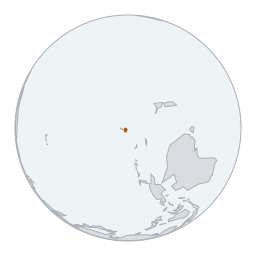 Western on an orthographic globe, rotated 229°
{"feature_id": "FJI-2620", "entity_name": "Western", "entity_type": "Division", "adm_level": 1, "iso_a3": "FJI", "parent_name": "Fiji", "parent_adm1": "", "projection": "orthographic", "projection_center": [177.638, -19.194], "detail": "coarse", "context": "on_globe", "style": "filled", "palette": "amber", "viewbox_px": 256, "rotation_deg": 229, "n_neighbors": 0, "source": "natural_earth", "source_scale": "10m", "svg_char_len": 6070}
<svg xmlns="http://www.w3.org/2000/svg" viewBox="0 0 256 256"><g transform="rotate(229 128 128)"><circle cx="128" cy="128" r="113" fill="#eef3f6" stroke="#a8b0b8"/><path d="M132.5,121.9L132.6,122.7L132.4,122.8L132.5,121.9ZM235.2,93.4L232.9,87.8L231.1,83.8L228.9,78.8L216.5,59.9L227.0,76.1L224.2,72.1L220.0,65.9L219.9,65.1L213.6,56.9L209.7,53.1L200.8,44.2L191.5,35.5L194.3,37.4L191.7,35.4L188.0,33.1L186.2,32.1L172.4,24.7L159.6,20.3L157.4,20.3L156.5,19.6L153.6,20.9L147.8,21.0L153.2,20.2L152.9,19.6L148.4,19.1L147.1,18.5L144.2,18.0L143.1,17.4L146.3,17.4L145.7,17.1L142.5,16.8L139.4,16.3L144.1,16.7L139.2,16.0L141.1,16.1L149.1,17.3L156.9,19.1L164.6,21.5L172.1,24.3L179.4,27.8L186.4,31.7L193.1,36.1L199.5,41.0L205.5,46.3L211.1,52.0L216.4,58.1L221.1,64.6L225.4,71.4L229.2,78.5L232.5,85.8L235.2,93.4ZM194.2,219.1L193.5,219.6L190.8,221.5L191.5,221.0L191.2,221.0L189.9,221.8L193.8,218.9L199.2,214.9L201.0,213.6L202.1,212.7L205.6,209.7L194.2,219.1ZM206.2,209.1L207.6,207.7L206.2,209.1ZM175.8,62.2L175.1,60.1L177.1,61.5L175.8,62.2ZM173.7,58.7L174.1,59.4L173.5,58.8L173.7,58.7ZM172.6,58.2L173.4,58.6L172.5,58.4L172.6,58.2ZM171.1,57.9L171.9,58.0L171.1,57.9ZM168.7,56.7L168.1,56.3L168.7,56.2L168.7,56.7ZM185.6,31.8L188.1,33.1L191.9,35.6L190.0,34.5L185.6,31.8ZM178.2,27.8L179.0,28.0L181.8,29.7L180.5,29.1L178.2,27.8ZM156.2,20.7L158.4,21.0L156.7,21.0L156.2,20.7ZM144.0,18.0L143.8,18.2L142.4,17.9L144.0,18.0ZM139.4,16.8L137.2,16.5L140.0,16.8L139.4,16.8ZM136.3,16.3L130.9,15.8L130.0,16.0L129.7,15.4L134.3,15.8L137.9,16.1L136.0,16.1L136.3,16.3ZM186.0,224.4L192.8,219.6L189.6,222.0L190.6,221.6L185.8,224.6L186.0,224.4ZM116.5,16.0L116.6,15.9L122.3,15.6L123.2,15.5L129.7,15.4L130.0,16.0L127.8,16.0L129.5,16.6L124.3,16.8L120.8,17.6L114.2,18.0L112.0,18.8L112.9,19.0L110.6,20.5L102.8,23.5L105.2,20.2L116.2,17.0L111.3,18.0L111.2,17.6L108.8,18.0L105.5,19.0L105.8,19.1L94.4,21.3L84.0,25.4L87.7,24.6L87.2,25.6L78.6,31.3L61.6,41.7L60.8,44.5L58.9,46.8L55.6,48.7L58.2,45.4L57.3,44.8L59.3,42.8L54.8,45.3L57.5,42.6L52.7,46.2L51.6,48.1L54.5,46.6L49.3,51.2L48.8,54.4L45.8,59.4L36.5,70.6L31.6,75.6L30.6,77.6L30.2,76.4L27.3,81.1L26.2,90.0L25.4,93.2L21.8,101.1L22.1,98.7L21.0,95.6L19.1,103.6L19.9,108.0L20.1,115.0L18.7,114.1L18.7,108.1L18.3,106.8L19.7,99.9L21.7,91.2L20.5,94.6L21.7,90.7L21.8,90.5L24.7,83.1L28.1,75.9L32.0,69.0L36.4,62.4L41.3,56.1L46.6,50.2L52.3,44.6L58.3,39.5L64.7,34.8L71.5,30.6L78.5,26.8L85.7,23.6L93.2,20.9L100.8,18.7L108.6,17.0L116.5,16.0ZM57.5,215.7L58.5,216.3L59.2,217.0L57.5,215.7ZM33.1,126.7L35.1,126.5L35.1,127.0L33.1,126.7ZM31.0,125.6L33.1,125.0L30.8,126.9L31.0,125.6ZM33.9,124.7L36.0,123.0L36.9,121.8L36.9,122.9L33.9,124.7ZM29.7,126.2L23.6,129.4L21.5,129.5L21.7,127.3L25.1,125.5L29.7,126.2ZM21.5,127.4L18.7,124.4L16.9,112.9L17.5,112.0L19.8,117.5L19.6,119.2L21.3,122.0L21.5,127.4ZM29.4,112.9L29.3,117.8L25.6,119.2L24.1,119.2L23.1,113.8L23.6,110.4L24.8,109.8L30.7,97.1L32.4,98.7L30.3,103.7L31.8,107.1L29.4,112.9ZM34.1,89.2L31.0,94.5L34.2,87.9L34.1,89.2ZM36.7,83.4L36.3,85.5L35.8,83.8L36.7,83.4ZM29.6,80.4L28.3,81.6L28.8,80.2L30.7,77.8L29.6,80.4ZM43.4,63.9L41.4,67.9L40.5,69.4L40.9,67.3L43.4,63.9ZM119.8,169.9L123.0,171.3L121.5,175.1L118.4,178.8L113.2,179.7L119.8,169.9ZM85.2,178.4L81.6,173.8L86.3,173.2L87.3,177.4L85.2,178.4ZM122.2,167.2L123.4,163.2L120.5,157.7L124.4,162.9L129.4,163.7L124.5,171.1L122.2,167.2ZM58.5,161.8L48.5,173.8L45.3,173.7L44.0,169.9L36.9,160.4L37.7,160.3L34.5,153.6L39.3,144.7L42.0,132.0L47.1,131.5L49.5,123.0L55.5,122.6L55.0,129.0L62.8,132.3L64.3,117.9L72.7,132.6L80.9,138.0L87.5,148.3L86.5,166.6L82.5,170.4L80.1,168.7L78.9,170.8L74.6,170.2L69.0,164.5L67.9,166.5L67.4,161.9L66.6,166.2L62.9,162.7L58.5,161.8ZM103.1,130.8L104.9,131.3L109.0,134.4L105.9,133.7L103.1,130.8ZM128.1,124.4L129.7,126.0L127.5,126.0L128.1,124.4ZM132.4,122.8L129.8,123.0L132.5,121.9L132.4,122.8ZM108.4,122.1L109.6,123.2L109.0,123.5L108.4,122.1ZM107.6,121.7L108.1,120.2L108.5,121.8L107.6,121.7ZM97.6,113.0L98.4,112.3L98.9,112.9L97.6,113.0ZM38.1,125.6L40.6,120.9L42.3,120.1L38.1,125.6ZM96.0,111.3L93.7,111.1L93.8,110.3L96.0,111.3ZM95.7,109.5L95.3,108.4L97.2,111.0L95.7,109.5ZM91.1,106.9L94.1,108.9L90.8,107.1L91.1,106.9ZM89.6,107.1L87.6,106.2L87.7,105.9L89.6,107.1ZM70.9,108.8L77.8,115.1L73.0,115.1L67.4,111.3L64.2,115.3L56.3,115.5L57.7,113.0L56.4,109.6L49.0,109.4L47.6,107.4L49.9,105.5L45.5,104.5L50.3,102.7L52.5,106.9L55.3,102.9L60.9,103.1L66.7,104.2L72.0,107.4L70.9,108.8ZM50.9,112.7L51.8,112.6L51.1,114.1L50.9,112.7ZM83.9,103.6L86.8,105.9L86.5,106.5L85.2,106.1L83.9,103.6ZM73.1,106.5L78.6,102.6L80.0,102.6L76.5,107.0L73.1,106.5ZM77.0,100.1L79.8,100.6L81.4,102.8L80.9,103.3L77.0,100.1ZM41.0,110.4L40.9,111.7L39.8,111.0L41.0,110.4ZM42.5,109.3L46.1,109.9L42.2,110.4L42.5,109.3ZM33.0,107.6L33.9,110.3L36.5,107.5L34.5,110.9L36.6,115.2L36.2,117.3L34.0,112.5L33.8,118.3L32.6,118.6L31.7,114.1L32.7,108.0L33.8,105.3L38.8,102.8L33.0,107.6ZM42.3,105.6L41.4,102.4L42.1,100.0L43.1,101.6L42.3,105.6ZM39.4,95.1L37.7,92.0L35.7,94.0L40.3,87.6L41.0,91.6L39.4,95.1ZM38.7,87.4L36.8,89.3L39.1,85.7L38.7,87.4ZM36.6,88.2L36.9,85.7L38.1,85.6L36.6,88.2ZM39.6,87.3L40.9,82.9L41.1,85.2L39.6,87.3ZM37.7,80.3L39.5,83.4L36.3,82.9L38.5,75.1L40.1,74.3L37.7,80.3ZM61.4,48.3L62.3,46.6L64.4,45.9L63.2,47.2L61.4,48.3ZM72.1,42.7L65.3,45.1L60.0,47.6L60.6,48.2L57.5,51.5L57.8,49.0L63.1,45.0L66.7,43.8L69.3,41.3L73.3,39.3L75.6,36.6L78.0,35.3L77.0,37.5L72.1,42.7ZM76.5,35.5L82.0,31.0L85.0,31.2L84.4,32.2L80.6,34.1L79.3,33.9L76.5,35.5ZM84.2,30.1L83.0,29.9L88.5,24.8L90.4,23.9L87.8,27.4L86.4,27.4L84.6,28.8L84.2,30.1Z" fill="#d9dde1" stroke="#a8b0b8" stroke-width="1"/><path d="M128.3,126.1L127.4,125.9L127.3,125.4L127.5,125.3L127.5,125.2L127.5,124.9L128.0,124.6L128.4,124.4L128.4,124.5L129.1,124.3L129.1,124.6L129.4,124.6L129.5,124.8L129.5,125.0L129.2,124.9L128.9,125.0L128.7,124.8L128.7,125.1L128.9,125.1L128.6,125.4L128.7,125.6L128.3,125.6L128.3,126.1ZM127.1,124.0L127.3,123.8L127.2,124.0L127.1,124.0ZM127.6,123.4L127.9,123.1L127.6,123.4ZM127.0,124.2L127.0,124.3L127.0,124.2ZM128.0,126.7L128.0,126.8L128.0,126.7ZM127.6,123.4L127.6,123.5L127.5,123.4L127.6,123.4Z" fill="#f59e0b" stroke="#b45309" stroke-width="1.5"/></g></svg>